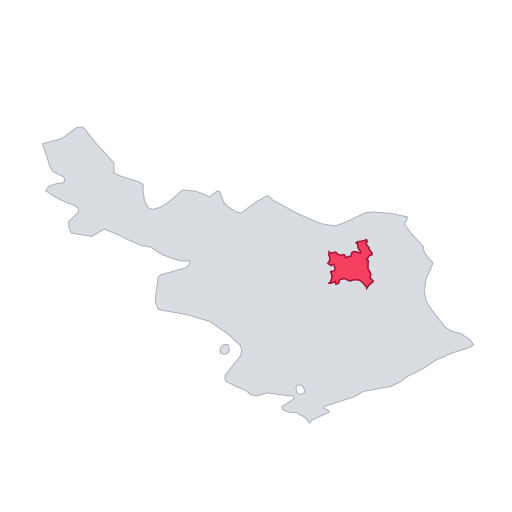 Ashtarak, Aragatsotn, Armenia shown in context, rotated 163°
{"feature_id": "60910142B23777318825008", "entity_name": "Ashtarak", "entity_type": "district", "adm_level": 2, "iso_a3": "ARM", "parent_name": "Armenia", "parent_adm1": "Aragatsotn", "projection": "natural_earth1", "projection_center": [44.276, 40.353], "detail": "fine", "context": "in_parent", "style": "filled", "palette": "rose", "viewbox_px": 512, "rotation_deg": 163, "n_neighbors": 0, "source": "geoboundaries", "source_scale": "gbopen_adm2", "svg_char_len": 3388}
<svg xmlns="http://www.w3.org/2000/svg" viewBox="0 0 512 512"><g transform="rotate(163 256 256)"><path d="M227.2,310.3L223.2,304.1L203.1,283.7L184.5,268.0L171.8,261.5L158.9,262.2L139.0,265.3L131.6,264.0L114.3,257.2L99.8,249.1L101.8,245.7L104.8,243.3L101.2,232.7L93.2,215.8L94.1,210.5L91.5,203.1L88.7,197.6L100.1,184.3L105.3,173.7L106.5,163.3L103.5,152.5L96.1,133.0L91.5,127.3L83.0,122.0L75.8,113.4L74.0,107.3L80.1,106.0L97.7,105.9L114.7,103.8L128.1,99.8L147.4,96.4L155.3,93.4L164.6,91.9L192.9,95.1L203.4,92.7L235.2,92.2L236.0,90.9L231.7,86.8L231.8,85.3L250.7,82.7L253.6,80.7L256.1,87.2L263.2,94.5L271.0,97.4L275.2,101.4L275.4,104.5L261.6,108.2L260.7,110.0L261.6,111.8L265.7,112.7L285.0,121.8L296.0,122.0L301.8,124.8L304.7,130.3L313.9,137.7L321.2,144.9L321.7,147.3L320.3,151.0L299.9,165.1L297.3,169.9L297.0,175.1L306.1,190.3L319.5,207.1L338.7,219.8L365.2,233.5L365.6,242.1L361.5,252.2L357.9,259.1L356.3,263.8L353.1,265.8L326.7,265.3L322.8,267.0L321.1,269.0L320.9,270.6L330.4,273.7L345.3,284.6L353.8,295.1L362.7,299.7L372.7,308.1L380.8,316.0L393.2,326.1L407.1,322.8L425.6,331.8L426.5,338.0L425.3,343.4L413.7,349.4L412.3,351.9L412.3,353.9L413.9,356.9L420.7,361.8L428.8,369.0L438.0,379.9L434.0,383.1L425.5,383.6L418.9,382.2L416.6,384.4L416.8,388.0L425.4,396.2L427.1,402.2L426.9,412.7L427.4,425.8L407.3,425.0L390.2,431.3L383.8,430.0L379.4,418.8L375.7,409.8L364.6,386.5L367.5,376.9L361.4,371.4L346.7,361.5L342.9,357.4L345.0,351.8L346.4,341.5L344.9,333.2L341.0,330.7L333.7,330.5L324.8,332.6L307.0,340.6L294.6,335.5L287.5,330.3L283.3,326.0L274.1,329.6L271.8,327.8L271.2,317.1L268.4,311.4L262.9,304.6L257.7,301.4L238.6,308.1L227.2,310.3ZM256.2,118.8L256.8,115.0L255.9,111.5L252.9,110.4L249.1,111.3L248.8,115.1L250.0,118.8L253.8,120.5L256.2,118.8ZM317.4,178.2L313.0,180.6L308.9,179.6L308.9,173.6L311.8,171.2L315.2,171.3L318.5,173.5L317.4,178.2Z" fill="#d9dde1" stroke="#a8b0b8" stroke-width="1"/><path d="M194.8,208.8L192.0,208.1L189.8,208.1L187.8,208.6L187.8,207.8L187.8,205.6L184.8,205.9L183.3,208.2L181.7,209.2L180.2,208.5L178.6,208.9L176.0,207.0L174.9,205.5L172.3,204.5L170.6,204.8L167.8,204.2L163.9,202.5L161.8,199.5L159.5,194.1L159.7,192.6L158.1,193.9L157.1,194.6L155.6,195.6L154.2,196.2L152.1,196.9L151.2,197.7L152.1,199.5L153.3,201.7L152.2,203.4L151.4,205.8L152.1,209.4L152.7,210.6L151.2,215.5L149.9,218.8L151.3,220.0L150.8,221.5L149.1,221.7L147.9,223.1L144.5,223.3L144.3,225.1L146.1,230.3L145.5,230.7L147.1,235.3L147.5,236.3L145.3,237.2L145.6,239.4L147.8,239.2L150.9,239.3L154.4,240.0L155.0,239.8L156.2,239.5L156.3,239.5L156.4,238.8L155.6,238.4L155.4,237.6L155.6,236.2L156.0,234.1L155.9,233.1L155.0,230.7L154.8,229.0L155.2,228.4L155.7,228.4L157.8,230.0L160.3,231.3L162.0,231.6L163.1,231.3L164.0,230.5L164.7,228.4L165.6,228.0L167.0,228.4L168.4,228.4L170.7,228.0L170.7,229.8L171.0,230.8L171.5,231.7L173.3,231.8L175.0,232.1L176.9,233.3L177.6,234.4L178.3,235.9L179.2,236.6L182.8,236.6L184.4,237.7L185.0,238.5L185.4,236.2L186.0,236.2L186.0,234.2L185.7,233.2L185.7,232.4L186.2,231.5L186.9,230.7L186.9,229.9L189.1,228.5L189.4,228.1L189.3,227.7L188.5,226.7L187.2,225.0L186.3,224.9L185.3,225.4L184.6,225.4L184.1,225.2L183.9,224.2L184.1,222.6L183.9,221.1L184.2,220.3L185.0,219.5L186.4,219.0L187.5,219.0L188.1,219.3L189.3,219.2L189.4,218.7L189.0,217.3L189.1,215.8L189.4,214.4L190.5,211.7L191.1,211.2L191.9,210.3L192.5,209.1L194.8,208.8Z" fill="#f43f5e" stroke="#9f1239" stroke-width="1.5"/></g></svg>